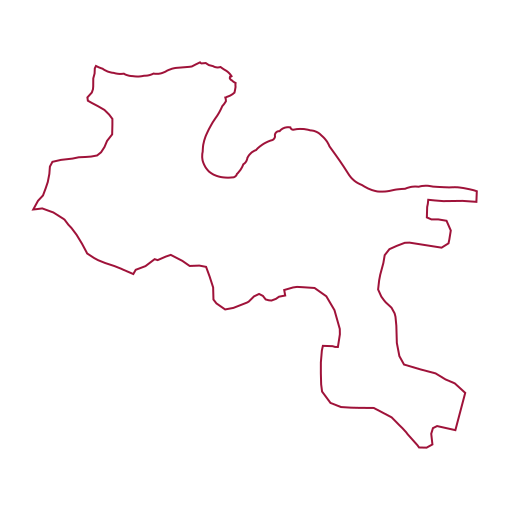 Kafr Shukr, Al Qalyubiyah, Egypt (Mercator projection), rotated 89°
{"feature_id": "37247803B61393331220836", "entity_name": "Kafr Shukr", "entity_type": "district", "adm_level": 2, "iso_a3": "EGY", "parent_name": "Egypt", "parent_adm1": "Al Qalyubiyah", "projection": "mercator", "projection_center": [31.254, 30.554], "detail": "fine", "context": "isolated", "style": "outline", "palette": "rose", "viewbox_px": 512, "rotation_deg": 89, "n_neighbors": 0, "source": "geoboundaries", "source_scale": "gbopen_adm2", "svg_char_len": 5978}
<svg xmlns="http://www.w3.org/2000/svg" viewBox="0 0 512 512"><g transform="rotate(89 256 256)"><path d="M205.6,477.9L205.3,474.4L204.7,468.9L208.2,459.8L208.9,457.9L215.4,448.0L216.3,446.8L221.4,443.1L224.8,440.0L231.7,435.0L240.8,429.7L249.0,425.5L250.5,424.8L255.2,417.9L257.4,414.0L260.4,406.9L263.6,397.7L266.4,391.0L267.3,389.2L271.9,379.0L267.7,376.5L264.2,366.7L257.4,357.4L258.4,354.4L255.0,346.2L253.4,341.2L259.6,329.7L264.8,322.5L264.6,312.8L266.0,306.1L275.8,302.7L286.7,299.4L298.8,299.3L302.7,296.4L308.9,287.8L307.5,279.5L302.4,265.8L301.5,264.1L297.5,259.9L296.4,258.8L294.0,253.6L296.0,249.8L299.6,247.1L300.5,244.0L300.8,241.3L299.2,236.8L297.1,233.7L296.0,227.5L290.5,228.4L288.1,219.5L287.6,215.5L287.9,211.4L288.1,208.8L289.0,198.0L297.5,186.4L311.5,178.5L330.4,173.5L335.8,173.5L348.4,175.7L348.3,178.5L347.5,181.0L347.0,190.7L351.7,191.8L363.5,193.0L374.4,193.2L385.5,193.1L392.7,192.3L404.2,184.1L408.5,173.7L409.3,163.6L409.6,156.4L410.0,140.9L419.7,123.2L427.9,115.4L430.7,112.6L434.9,108.9L437.0,107.4L448.0,97.9L450.3,96.3L450.6,88.8L447.5,82.9L436.8,83.9L431.2,82.1L429.2,77.9L433.6,59.7L396.5,49.2L386.8,59.5L382.7,68.7L376.5,78.5L372.3,93.4L367.1,109.9L358.6,114.4L345.4,116.7L328.2,116.9L319.2,117.6L315.8,118.4L310.1,121.4L308.5,123.0L304.6,127.1L302.5,128.8L298.8,131.4L291.6,134.5L282.5,133.3L276.8,132.1L265.3,128.8L257.4,127.3L251.5,122.5L248.3,115.0L245.4,107.0L245.3,102.3L250.9,70.3L246.7,63.3L242.8,62.4L233.9,60.8L224.1,64.9L222.6,73.0L222.5,79.9L220.4,84.5L210.0,84.0L206.9,83.3L202.8,82.8L203.6,76.1L204.4,67.8L204.5,48.5L205.7,34.7L195.1,34.1L194.1,37.0L193.7,38.5L193.0,41.3L191.7,47.3L191.3,49.8L191.1,51.0L190.8,53.4L190.7,55.9L190.7,58.3L190.8,61.5L190.5,66.9L190.1,72.9L189.7,77.8L189.4,79.3L189.1,81.0L188.8,82.7L188.7,84.4L188.7,85.3L188.8,87.0L188.9,88.8L189.2,90.5L189.6,92.2L189.4,94.2L189.3,95.8L189.4,97.4L189.5,99.0L189.8,100.6L190.2,102.2L190.6,103.7L191.4,105.8L191.5,109.0L191.7,111.5L191.8,112.8L192.0,114.8L192.3,116.6L193.3,121.6L193.6,123.9L193.8,126.1L193.8,127.2L193.8,129.5L193.7,132.7L193.5,133.9L193.0,135.9L192.7,136.9L192.1,138.9L191.3,140.8L190.5,142.7L190.0,143.6L188.5,146.3L186.9,148.8L185.9,151.0L184.7,153.2L183.8,154.6L182.6,156.2L181.1,157.8L179.9,159.0L178.7,160.0L176.8,161.4L168.1,166.8L162.1,170.7L156.2,174.7L147.7,180.6L146.0,181.3L144.5,182.1L143.0,182.9L141.6,183.9L140.3,184.9L139.0,186.0L137.8,187.2L136.7,188.4L135.5,189.6L134.7,190.5L133.9,191.6L133.3,192.7L133.0,193.2L132.5,194.4L132.0,195.6L131.7,196.8L131.6,197.4L131.4,198.7L131.4,199.4L131.0,200.6L130.6,202.1L130.2,204.3L130.0,205.2L129.8,207.1L129.8,208.0L129.7,209.9L129.8,211.8L129.8,212.7L130.1,214.6L130.4,216.5L130.3,217.0L130.3,217.3L130.2,217.6L129.9,218.1L129.4,218.7L128.7,219.2L128.0,219.4L127.9,220.1L127.8,221.2L127.8,222.3L127.9,223.4L128.0,223.9L128.2,225.0L128.6,226.0L129.0,227.0L129.9,228.4L130.5,229.2L131.6,230.2L131.6,231.1L131.7,231.8L131.9,232.4L132.2,233.0L132.6,233.5L133.1,234.0L133.9,234.6L134.6,234.8L135.2,235.0L135.9,235.0L136.8,234.9L137.7,235.1L138.3,235.4L138.9,235.8L139.7,236.5L140.1,237.1L140.4,237.8L140.6,238.4L140.7,239.0L141.1,240.2L141.8,242.0L142.2,242.9L143.0,244.6L143.9,246.3L144.9,247.9L146.6,250.3L148.4,252.5L150.1,254.1L150.6,255.5L151.2,256.6L152.2,258.3L153.0,259.2L154.4,260.6L155.3,261.4L156.4,262.1L157.7,262.9L158.4,263.0L159.3,263.3L160.3,263.7L161.1,264.1L162.0,264.7L162.7,265.3L163.4,266.1L164.1,267.1L165.3,267.6L166.8,268.3L168.3,269.2L169.7,270.1L171.6,271.7L172.9,272.8L173.7,273.7L174.6,274.0L175.4,274.6L175.9,275.1L176.3,275.7L176.5,276.0L176.8,276.6L176.9,277.0L177.0,277.6L177.0,278.5L177.1,279.8L177.2,281.8L177.2,282.7L177.1,284.6L176.9,286.5L176.8,287.5L176.5,289.4L176.3,290.3L175.8,292.2L175.2,294.0L174.3,296.1L173.9,297.0L173.3,298.0L172.1,299.8L171.4,300.7L170.8,301.5L169.2,302.9L167.5,304.2L166.3,305.0L163.7,306.3L161.7,307.1L159.7,307.7L158.3,307.9L156.2,308.1L154.1,308.0L152.7,307.9L150.9,307.5L148.0,307.3L145.9,307.1L143.8,306.8L141.8,306.3L139.7,305.8L137.7,305.1L135.7,304.4L134.1,303.7L131.2,302.3L128.4,300.9L124.2,298.5L121.5,296.9L117.6,294.2L115.0,292.3L112.0,290.4L108.7,288.6L105.4,287.0L104.7,286.3L103.4,285.2L102.1,284.3L100.8,283.4L99.7,283.4L98.7,283.5L97.8,283.7L97.0,283.9L96.9,283.3L96.7,282.8L96.4,282.4L95.9,280.9L95.4,279.6L95.1,278.9L94.4,277.7L93.7,276.5L92.8,275.4L92.3,274.7L91.1,274.4L89.3,274.0L86.7,273.5L84.5,273.6L82.6,273.4L82.1,274.4L81.5,275.3L80.9,276.1L80.0,277.0L79.8,277.5L79.4,278.0L78.6,278.7L78.1,279.0L77.8,279.1L77.0,279.0L76.3,278.8L76.3,278.5L76.2,278.1L76.1,277.7L75.8,277.3L74.8,278.0L73.7,278.8L72.6,279.8L71.6,280.8L70.4,282.3L68.8,284.9L67.6,286.6L66.4,288.2L66.7,289.6L66.8,290.6L66.8,291.6L66.6,292.6L66.5,293.1L66.4,293.6L66.0,294.6L65.4,295.7L65.3,296.1L64.8,297.9L64.3,299.8L62.2,302.9L62.5,307.2L62.3,307.6L62.0,308.1L61.6,308.4L61.4,308.6L63.4,312.9L65.4,316.9L65.7,319.4L66.0,324.1L66.3,328.8L66.5,332.1L66.6,333.3L66.9,335.0L67.3,336.8L67.6,337.6L68.2,339.3L68.5,340.2L69.2,341.8L70.2,343.5L70.7,344.8L71.2,346.1L71.4,346.7L71.8,348.1L71.9,348.8L72.1,350.1L72.1,351.5L72.1,352.9L72.1,353.6L71.8,355.2L72.4,356.6L72.9,358.0L73.3,359.4L73.6,360.9L73.7,361.6L73.8,363.1L73.8,364.7L74.2,366.9L74.4,368.7L74.5,370.0L74.5,371.3L74.4,373.0L74.2,374.7L74.0,376.1L73.9,377.5L73.8,378.2L73.6,379.5L73.4,380.2L73.0,381.5L72.6,382.7L72.0,384.0L71.4,384.9L71.5,386.1L71.6,387.7L71.6,389.2L71.4,390.8L71.3,391.5L71.0,393.1L70.4,395.2L70.2,396.9L69.8,398.4L69.4,399.8L68.9,401.3L68.5,402.0L68.2,402.6L67.5,404.0L66.7,405.3L66.1,406.0L65.5,407.7L64.6,409.9L63.2,412.7L65.6,413.9L70.7,414.2L75.6,415.6L83.6,415.8L86.4,416.1L89.7,417.3L94.5,421.8L97.8,421.4L100.1,417.5L103.5,411.3L107.3,405.0L112.0,400.4L116.4,397.2L122.3,397.3L131.9,397.7L138.3,402.9L144.4,405.6L149.6,409.1L152.7,413.1L153.7,419.1L154.0,424.2L154.2,431.5L155.4,437.8L156.5,449.4L158.3,457.9L163.0,460.5L170.4,461.2L178.4,462.9L184.6,465.1L191.7,467.9L197.0,473.0L205.6,477.9Z" fill="none" stroke="#9f1239" stroke-width="2"/></g></svg>